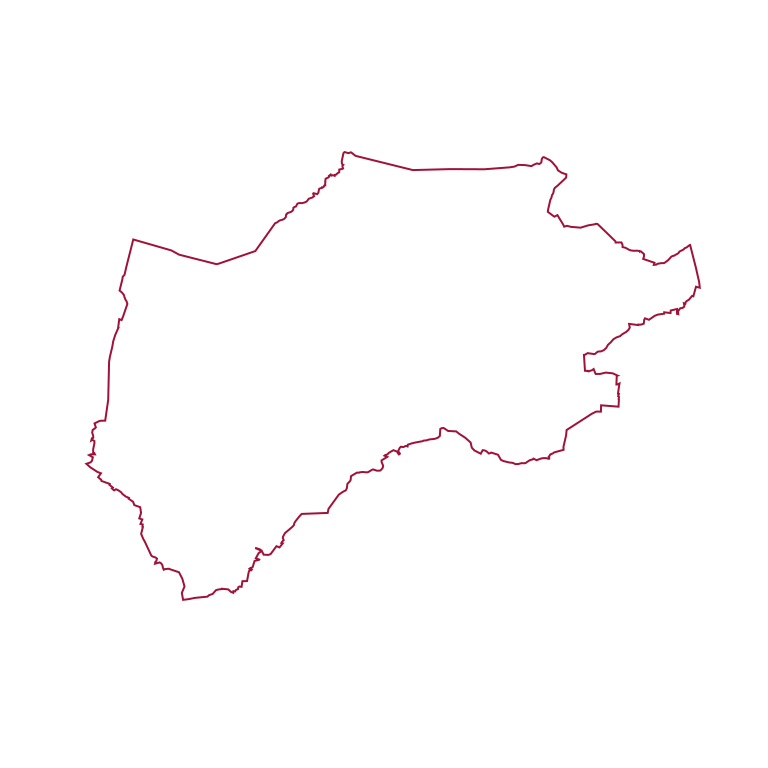 Churintzio, Michoacán, Mexico, rotated 105°
{"feature_id": "50627088B84836329176136", "entity_name": "Churintzio", "entity_type": "district", "adm_level": 2, "iso_a3": "MEX", "parent_name": "Mexico", "parent_adm1": "Michoacán", "projection": "robinson", "projection_center": [-102.078, 20.14], "detail": "fine", "context": "isolated", "style": "outline", "palette": "rose", "viewbox_px": 768, "rotation_deg": 105, "n_neighbors": 0, "source": "geoboundaries", "source_scale": "gbopen_adm2", "svg_char_len": 6167}
<svg xmlns="http://www.w3.org/2000/svg" viewBox="0 0 768 768"><g transform="rotate(105 384 384)"><path d="M543.1,638.1L543.5,634.3L548.0,636.0L549.7,632.4L550.8,631.8L551.5,623.0L552.5,623.1L554.2,619.1L555.3,619.8L556.6,617.2L555.0,615.6L555.5,612.8L556.7,609.7L557.9,608.3L559.6,604.1L560.0,600.9L560.9,601.0L562.7,595.9L565.6,593.8L566.1,587.6L571.4,585.3L577.2,585.6L577.4,582.4L582.2,583.0L582.1,580.7L584.4,580.4L584.5,579.9L591.6,579.8L595.9,576.5L598.1,574.3L609.9,564.4L610.5,563.2L610.7,559.8L611.4,558.1L613.7,558.1L615.4,558.9L615.7,558.6L616.8,558.6L614.4,554.5L615.0,552.7L616.3,551.2L618.9,549.9L620.4,548.6L619.6,547.9L618.2,544.3L618.9,533.3L624.3,528.4L631.2,524.3L638.1,525.2L644.5,522.2L642.3,516.9L639.5,511.2L635.1,499.5L633.2,498.3L631.2,495.2L626.6,492.9L625.2,490.5L624.0,487.3L623.7,487.4L622.7,481.2L624.4,478.1L624.7,475.6L623.1,475.8L623.0,474.2L621.4,473.8L619.8,471.9L618.1,472.2L617.1,471.4L616.8,469.1L611.1,469.7L609.8,465.3L600.8,466.0L598.6,465.7L598.5,464.2L597.6,463.7L597.1,466.0L596.1,465.2L595.7,464.2L594.8,463.5L588.4,463.2L586.2,459.2L585.9,459.1L585.5,462.7L579.7,461.3L576.9,458.8L580.0,456.1L579.0,451.4L577.6,449.5L568.5,445.9L568.9,442.7L564.1,440.5L564.1,442.0L562.4,441.5L560.8,440.5L559.0,441.8L558.0,442.1L553.7,441.1L545.6,435.5L543.7,434.5L541.7,434.6L539.8,434.1L534.2,431.7L530.8,429.9L523.1,405.0L519.0,405.3L502.5,399.0L498.9,395.9L496.6,393.4L494.6,392.9L489.8,393.5L486.9,391.8L485.4,391.4L481.5,392.0L476.6,387.2L476.1,385.1L475.6,384.6L474.5,381.8L473.8,377.7L473.2,376.5L469.6,373.0L469.3,371.9L469.6,368.6L468.7,365.4L468.0,364.8L465.6,363.6L463.3,363.6L460.0,366.1L458.4,366.6L453.6,362.0L453.1,365.0L452.5,364.6L451.1,362.5L449.1,361.4L445.5,357.8L445.9,353.9L447.5,352.4L448.2,351.3L447.7,350.8L447.0,350.7L445.2,353.0L441.6,352.3L440.2,351.4L439.9,348.9L438.4,347.3L438.0,346.1L438.2,345.1L436.4,345.2L434.4,342.2L432.4,338.6L429.2,331.8L428.7,331.5L428.2,330.6L427.6,328.7L425.8,325.8L423.8,320.7L422.0,318.1L419.7,316.6L412.9,318.0L411.9,317.1L411.1,315.2L411.2,314.4L412.7,310.2L412.7,309.6L411.1,302.0L412.8,298.1L414.8,291.8L418.1,285.2L422.8,282.7L424.8,279.5L426.3,272.5L422.4,271.6L422.1,269.5L422.6,267.3L424.0,264.7L423.3,263.5L422.5,262.8L422.8,255.6L427.0,251.4L427.5,248.9L427.4,242.6L426.9,239.9L427.0,238.0L427.4,236.3L426.5,233.5L424.8,230.6L424.5,228.8L423.8,226.9L419.9,223.5L418.3,220.8L417.4,220.4L418.1,216.9L415.3,213.0L414.2,210.5L413.6,207.9L413.7,206.2L413.4,205.1L412.8,205.1L411.7,206.1L410.1,205.3L409.1,205.2L407.2,202.8L406.0,201.9L401.1,193.5L398.3,194.4L386.6,194.8L381.2,195.7L359.2,175.8L355.8,172.0L354.5,167.3L348.4,168.8L345.2,151.6L338.1,153.1L337.8,153.5L336.3,153.5L335.4,153.9L335.2,154.7L332.8,154.5L332.8,155.5L322.5,156.7L324.0,158.4L324.3,159.4L315.8,161.3L315.4,160.6L314.5,165.9L315.6,172.8L318.3,177.8L319.5,182.2L315.3,185.4L316.7,186.5L318.8,189.5L318.9,190.6L318.6,190.6L319.2,193.3L304.1,198.4L303.7,197.4L301.5,195.3L300.7,188.8L300.2,187.8L298.4,186.7L297.2,185.5L296.3,182.8L294.5,180.5L291.7,178.7L288.2,177.8L285.1,175.8L281.4,174.0L278.9,171.6L276.6,168.3L274.2,166.7L271.1,163.6L268.3,161.8L265.9,161.2L262.5,162.8L261.3,153.7L260.8,153.8L260.1,151.1L258.5,148.7L254.6,149.3L253.0,148.9L253.4,144.7L248.1,140.2L246.1,137.5L243.6,131.6L242.2,131.9L241.3,125.6L238.8,126.1L235.7,120.3L240.4,119.2L240.4,117.8L237.7,118.8L234.1,117.4L233.4,115.5L232.3,114.4L232.0,114.5L230.8,114.0L228.4,115.2L228.5,113.7L226.7,113.8L225.2,112.8L223.7,111.3L219.2,109.2L219.2,107.9L209.3,107.8L209.3,103.9L204.1,105.9L191.0,112.8L170.5,124.3L170.9,124.9L173.8,127.1L175.2,128.9L176.5,129.4L179.6,132.9L181.5,133.5L185.2,137.3L185.4,138.0L186.6,139.4L190.9,141.6L194.7,144.7L195.5,147.5L197.1,150.9L198.2,151.9L199.1,154.2L196.9,154.1L196.1,166.0L193.5,165.9L191.3,166.4L189.4,170.2L189.5,170.8L190.0,171.2L189.4,171.8L189.9,174.8L190.7,177.2L191.1,180.4L190.9,182.1L189.9,186.1L190.0,189.0L187.9,189.6L185.8,191.3L187.4,196.9L186.7,197.1L186.2,197.5L174.2,219.1L174.4,220.7L175.4,222.2L177.9,227.8L182.1,234.5L183.8,243.9L183.9,248.3L185.4,250.7L183.7,252.1L176.0,260.2L178.3,262.8L175.3,270.3L173.8,270.6L163.0,271.0L160.8,270.5L158.2,270.6L155.9,269.9L153.5,270.0L152.8,270.2L150.6,269.9L147.1,267.4L137.5,261.5L134.3,262.1L134.0,267.0L132.6,271.3L130.0,273.4L126.1,279.2L124.9,281.7L123.5,288.3L123.8,289.0L125.0,289.6L126.2,289.8L129.0,289.4L130.2,289.9L131.3,291.0L131.4,293.5L133.8,296.5L135.4,298.0L136.0,304.1L137.6,311.1L140.2,314.2L142.2,318.7L150.6,342.6L159.3,375.7L169.9,411.5L171.0,470.5L169.1,474.9L168.8,476.0L170.2,478.0L170.2,482.2L171.5,482.9L179.7,482.5L182.0,481.7L182.8,480.7L182.9,480.1L183.9,480.6L184.8,480.4L186.4,479.3L187.0,479.9L188.4,482.7L191.2,482.1L192.2,483.3L194.2,484.5L194.7,485.6L195.7,485.5L195.5,487.3L196.4,488.8L195.4,489.7L197.3,491.1L198.0,490.7L198.9,491.2L200.8,493.5L203.8,493.2L204.0,492.9L205.1,492.8L207.2,492.2L207.2,492.7L208.0,493.2L209.1,493.2L210.1,494.1L210.1,494.6L210.5,494.5L211.6,496.4L212.5,497.2L216.3,496.9L217.9,497.7L217.9,501.4L218.4,501.7L220.7,500.2L221.0,500.7L221.9,501.0L222.6,501.7L224.5,504.6L227.2,505.7L228.1,506.3L229.3,507.8L230.5,510.0L231.2,512.8L232.2,514.3L235.3,515.0L236.1,516.2L237.2,517.1L239.1,516.8L240.6,517.3L242.0,518.6L243.9,521.5L244.7,521.7L245.4,522.3L245.8,522.2L246.3,522.4L248.1,522.0L250.3,523.1L251.6,524.6L252.9,526.9L254.1,528.1L255.3,528.8L256.9,530.8L288.9,542.7L310.6,574.9L311.6,576.9L312.1,615.4L310.0,624.1L309.3,663.6L337.7,663.2L345.7,662.9L348.0,664.1L351.0,663.8L362.2,663.6L363.2,661.3L365.0,658.6L365.9,657.9L367.4,657.1L369.5,655.5L370.6,654.2L373.1,652.6L386.3,653.5L390.2,654.0L389.9,656.5L398.3,655.4L398.3,655.1L406.2,656.3L412.8,656.6L418.2,656.1L428.8,655.8L433.7,655.3L470.7,646.3L491.6,643.8L492.8,648.2L493.8,649.8L497.0,653.4L500.5,651.1L501.5,651.6L503.8,653.5L506.5,653.3L509.1,651.6L510.8,651.0L511.3,651.0L512.0,652.1L514.3,652.1L513.4,651.3L514.0,649.0L516.0,648.4L522.6,648.0L525.4,647.2L525.5,646.2L526.8,645.0L527.7,648.8L529.0,650.5L530.1,646.3L533.7,646.2L535.6,647.1L538.1,650.8L540.5,646.1L543.1,638.1ZM576.9,458.8L575.9,465.1L575.6,465.1L575.9,460.8L576.9,458.8Z" fill="none" stroke="#9f1239" stroke-width="2"/></g></svg>